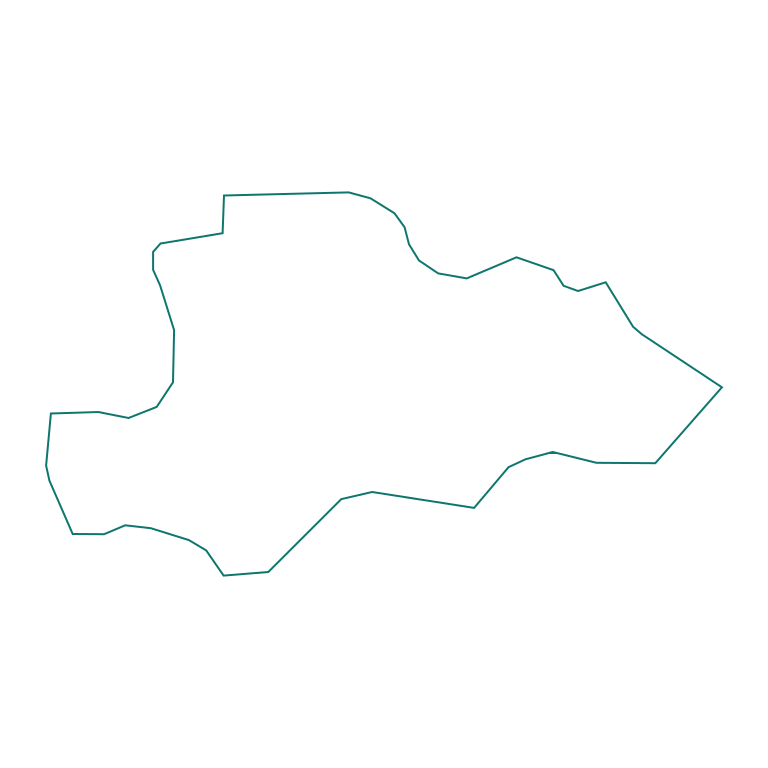 map outline of Žužemberk (Natural Earth projection)
{"feature_id": "SVN-238", "entity_name": "Žužemberk", "entity_type": "Municipality", "adm_level": 1, "iso_a3": "SVN", "parent_name": "Slovenia", "parent_adm1": "", "projection": "natural_earth1", "projection_center": [14.926, 45.807], "detail": "fine", "context": "isolated", "style": "outline", "palette": "teal", "viewbox_px": 768, "rotation_deg": 0, "n_neighbors": 0, "source": "natural_earth", "source_scale": "10m", "svg_char_len": 686}
<svg xmlns="http://www.w3.org/2000/svg" viewBox="0 0 768 768"><path d="M605.7,282.3L633.1,326.8L641.9,334.3L721.9,387.3L655.3,463.2L596.5,462.8L552.6,452.0L525.5,459.3L508.5,467.2L474.1,507.9L372.0,492.0L341.3,499.1L268.3,572.0L223.6,575.6L206.2,550.4L188.9,540.1L150.8,528.2L125.2,525.3L104.1,534.2L72.7,534.0L49.4,480.6L46.1,465.6L50.9,413.5L98.2,412.0L128.5,418.0L156.7,406.9L173.0,382.3L174.1,330.1L160.1,285.4L153.1,269.8L153.1,251.9L160.5,243.5L222.6,233.2L224.0,195.5L348.7,192.4L370.5,198.3L394.5,213.3L404.6,227.3L409.0,244.3L419.0,260.5L438.2,273.4L466.7,278.4L516.5,257.3L553.6,270.2L563.6,285.8L578.0,291.0L605.7,282.3Z" fill="none" stroke="#0f766e" stroke-width="2"/></svg>